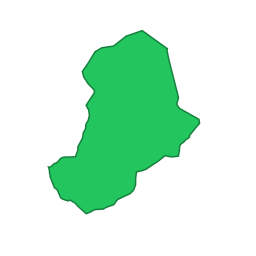 Ede South, Osun, Nigeria, rotated 113°
{"feature_id": "59680162B73824932270854", "entity_name": "Ede South", "entity_type": "district", "adm_level": 2, "iso_a3": "NGA", "parent_name": "Nigeria", "parent_adm1": "Osun", "projection": "orthographic", "projection_center": [4.463, 7.663], "detail": "fine", "context": "isolated", "style": "filled", "palette": "green", "viewbox_px": 256, "rotation_deg": 113, "n_neighbors": 0, "source": "geoboundaries", "source_scale": "gbopen_adm2", "svg_char_len": 1422}
<svg xmlns="http://www.w3.org/2000/svg" viewBox="0 0 256 256"><g transform="rotate(113 128 128)"><path d="M195.0,186.0L196.5,184.6L199.2,183.0L200.4,182.5L201.6,181.4L203.3,180.6L211.7,172.4L212.5,169.0L218.5,162.7L219.0,160.7L218.6,155.2L216.9,152.6L217.4,150.5L217.7,147.3L219.7,143.3L223.2,133.0L219.4,129.2L216.7,127.3L215.0,124.7L212.4,119.2L209.3,116.8L204.2,111.2L197.9,109.6L195.1,107.2L193.2,105.6L188.5,101.1L186.5,99.9L183.1,98.6L177.4,98.8L171.1,101.4L165.1,103.0L161.8,98.4L158.9,95.2L152.1,90.9L147.7,87.8L146.1,86.9L138.9,83.0L137.9,77.7L137.6,76.6L135.3,72.4L134.2,70.6L128.6,71.9L124.5,73.3L122.8,73.3L118.6,71.0L116.6,70.4L114.3,68.8L112.3,67.8L110.9,68.5L100.5,65.5L95.8,63.9L92.3,66.1L89.9,88.3L87.1,92.5L80.4,93.3L49.8,116.6L41.1,122.6L39.7,122.7L32.8,153.1L33.5,153.7L44.1,165.5L58.2,173.3L64.4,183.4L70.6,188.1L80.9,189.6L84.8,190.2L93.8,192.1L98.3,188.7L102.8,182.0L106.3,173.8L108.9,172.8L123.4,175.4L127.2,170.9L132.2,168.1L133.1,168.2L135.2,167.8L137.2,167.6L140.0,168.2L141.0,168.1L142.0,167.9L143.6,167.3L145.6,166.7L149.2,167.3L150.8,167.0L155.1,165.9L164.6,166.8L165.6,166.3L168.8,165.4L173.3,165.3L174.4,164.9L175.2,165.6L176.8,168.8L178.5,172.6L180.0,175.9L181.9,177.8L183.5,178.6L185.7,179.0L186.4,179.5L187.3,179.8L188.3,180.5L189.4,181.7L189.9,182.1L191.0,182.7L191.9,182.9L192.4,183.1L194.2,184.3L194.7,184.8L195.0,186.0Z" fill="#22c55e" stroke="#15803d" stroke-width="1.5"/></g></svg>